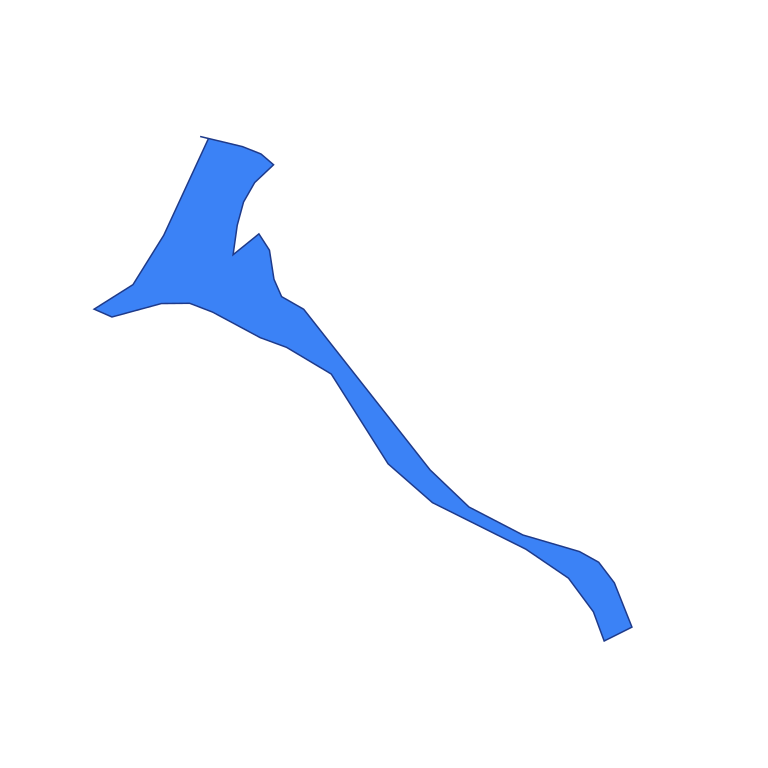 North Eleuthera, Albers equal-area conic projection, rotated 14°
{"feature_id": "BHS-5027", "entity_name": "North Eleuthera", "entity_type": "District", "adm_level": 1, "iso_a3": "BHS", "parent_name": "The Bahamas", "parent_adm1": "", "projection": "albers", "projection_center": [-76.584, 25.425], "detail": "fine", "context": "isolated", "style": "filled", "palette": "blue", "viewbox_px": 768, "rotation_deg": 14, "n_neighbors": 0, "source": "natural_earth", "source_scale": "10m", "svg_char_len": 625}
<svg xmlns="http://www.w3.org/2000/svg" viewBox="0 0 768 768"><g transform="rotate(14 384 384)"><path d="M659.8,580.1L642.3,554.4L610.0,527.8L561.7,510.0L459.7,487.4L407.3,460.5L330.4,387.1L280.5,372.0L252.7,369.0L200.2,355.7L175.9,352.7L148.5,359.8L103.8,384.8L84.6,381.5L116.4,348.3L134.3,293.0L154.3,188.3L145.7,188.3L189.3,187.9L209.1,190.6L223.8,198.0L209.8,219.8L203.7,241.4L203.2,265.5L206.3,295.1L226.3,268.6L240.5,281.9L251.9,309.0L263.5,324.0L288.0,330.9L449.5,456.2L496.2,482.8L555.3,496.9L614.2,499.3L635.4,505.0L655.6,521.2L683.4,559.9L659.8,580.1Z" fill="#3b82f6" stroke="#1e3a8a" stroke-width="1.5"/></g></svg>